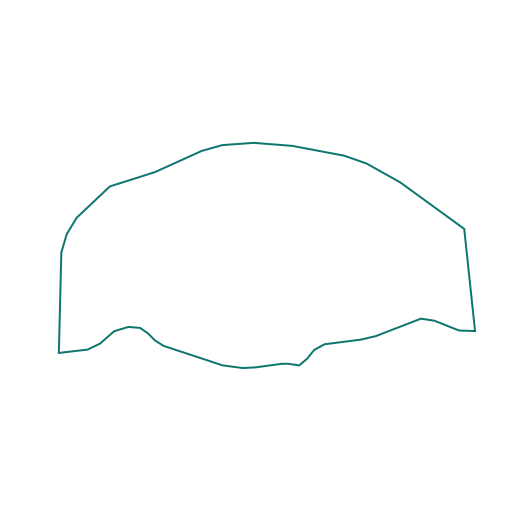 Govĭ-Sümber, Albers equal-area conic projection, rotated 81°
{"feature_id": "MNG-3330", "entity_name": "Govĭ-Sümber", "entity_type": "Municipality", "adm_level": 1, "iso_a3": "MNG", "parent_name": "Mongolia", "parent_adm1": "", "projection": "albers", "projection_center": [108.387, 47.737], "detail": "fine", "context": "isolated", "style": "outline", "palette": "teal", "viewbox_px": 512, "rotation_deg": 81, "n_neighbors": 0, "source": "natural_earth", "source_scale": "10m", "svg_char_len": 616}
<svg xmlns="http://www.w3.org/2000/svg" viewBox="0 0 512 512"><g transform="rotate(81 256 256)"><path d="M364.4,51.4L361.4,67.0L347.8,90.0L343.7,102.9L353.9,150.4L355.0,165.5L353.9,202.2L357.9,213.2L365.5,221.7L370.8,230.4L367.3,241.8L366.5,248.0L365.9,274.2L364.6,286.5L358.9,305.9L330.3,361.4L323.5,369.1L315.5,374.8L308.9,381.7L306.1,393.1L308.1,407.8L318.1,423.7L322.1,437.0L320.9,465.9L222.0,447.7L204.8,439.5L190.1,427.1L164.4,389.4L157.3,342.6L143.7,293.2L141.2,271.9L143.9,240.5L152.9,203.0L170.7,153.3L182.0,132.3L205.9,102.0L261.8,46.1L364.4,51.4Z" fill="none" stroke="#0f766e" stroke-width="2"/></g></svg>